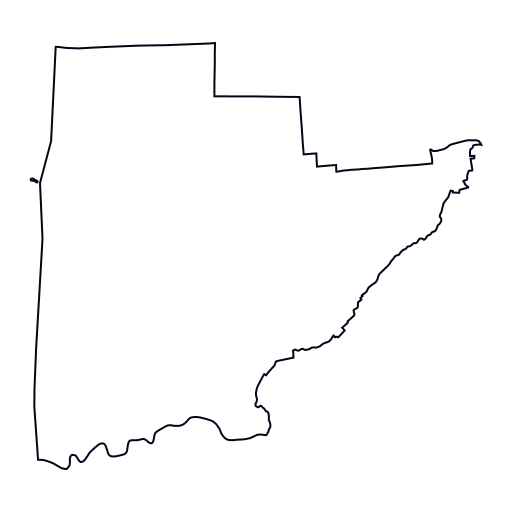 Tran Van Thoi, Cà Mau, Vietnam
{"feature_id": "81297802B31922203315935", "entity_name": "Tran Van Thoi", "entity_type": "district", "adm_level": 2, "iso_a3": "VNM", "parent_name": "Vietnam", "parent_adm1": "Cà Mau", "projection": "albers", "projection_center": [104.985, 9.126], "detail": "fine", "context": "isolated", "style": "outline", "palette": "ink", "viewbox_px": 512, "rotation_deg": 0, "n_neighbors": 0, "source": "geoboundaries", "source_scale": "gbopen_adm2", "svg_char_len": 6033}
<svg xmlns="http://www.w3.org/2000/svg" viewBox="0 0 512 512"><path d="M476.6,140.4L475.3,140.2L473.2,140.4L469.1,140.2L466.4,140.5L461.6,141.7L454.6,143.5L451.2,144.5L449.5,145.3L446.7,147.6L444.3,148.9L442.1,149.6L439.2,150.3L436.8,150.9L434.7,151.0L433.2,151.0L432.6,150.7L430.8,149.5L430.2,149.7L430.5,151.6L431.3,155.0L431.9,158.0L432.2,161.0L432.1,163.5L416.4,165.0L399.4,166.1L384.3,167.4L373.4,168.2L366.9,168.8L361.9,169.0L358.8,169.4L351.2,169.8L347.0,170.3L344.4,170.4L336.9,171.7L336.3,171.6L336.1,165.0L323.6,166.0L317.0,166.6L316.3,153.4L303.7,154.4L302.8,143.5L301.8,128.3L300.6,112.4L299.6,97.0L280.5,96.8L253.9,96.4L232.9,96.4L214.4,96.3L214.4,95.8L214.4,93.5L214.4,83.4L214.6,73.4L214.8,63.4L214.8,53.3L215.0,43.0L209.1,43.5L165.5,45.2L151.1,45.4L136.5,45.7L122.0,46.3L107.5,46.9L93.1,47.6L78.6,48.4L67.7,48.0L64.2,47.7L59.1,47.0L55.7,46.8L51.1,141.1L40.0,183.1L42.5,238.5L42.2,244.1L36.1,348.7L34.5,388.6L34.3,406.5L37.8,456.1L38.0,459.8L39.9,459.8L43.6,460.0L47.6,461.2L53.0,463.2L57.6,465.9L60.2,467.4L62.2,468.4L64.1,468.7L65.3,469.0L66.3,469.0L67.4,468.3L68.3,467.1L69.2,465.9L69.7,464.8L69.9,462.8L69.9,458.7L70.2,457.0L70.8,455.8L71.8,455.0L73.3,454.9L74.9,455.2L75.9,455.9L76.9,457.2L79.0,460.7L80.0,461.6L80.7,462.0L81.8,461.9L83.2,461.4L85.0,459.6L87.1,456.6L89.3,453.1L90.6,451.6L94.4,448.1L98.6,444.6L100.1,443.8L101.7,443.4L102.8,443.4L103.7,443.7L104.6,444.3L105.6,445.8L106.9,449.4L108.0,453.0L108.8,454.7L109.7,455.5L110.8,456.2L113.9,456.5L117.0,456.1L122.0,454.9L124.1,454.3L125.6,453.4L126.3,452.5L127.0,451.1L127.7,446.3L128.0,444.5L128.2,443.5L128.9,441.9L129.3,441.1L130.1,440.6L131.4,440.3L133.5,440.2L136.2,440.3L138.9,439.9L142.1,439.1L143.1,439.0L144.0,439.0L145.1,439.5L146.5,440.4L148.3,442.1L150.2,443.2L150.9,443.3L151.8,443.2L152.5,442.5L153.0,441.8L153.6,440.1L154.1,437.1L154.6,434.6L155.1,433.4L155.6,432.7L156.9,431.5L160.3,429.4L166.2,426.1L167.9,425.4L170.3,425.2L175.0,425.9L177.6,425.9L179.9,425.7L183.0,424.6L184.8,423.3L186.7,421.5L188.7,419.2L189.9,418.1L191.2,417.5L194.5,417.0L196.6,417.0L199.8,417.4L206.7,419.1L211.2,420.6L213.2,421.6L216.2,424.1L219.4,428.6L221.5,433.8L222.8,435.8L224.4,437.6L225.6,438.6L226.8,439.3L228.4,439.9L230.4,440.1L232.9,440.2L237.6,439.7L244.3,439.3L249.9,438.2L255.4,435.7L257.4,434.7L260.8,434.5L264.5,435.0L266.2,435.2L266.9,434.1L268.2,432.0L268.6,431.0L268.8,429.6L269.3,428.7L270.0,427.7L270.3,427.0L270.4,426.1L270.4,425.0L270.1,423.4L269.6,421.6L269.0,420.5L268.8,419.8L268.9,417.5L268.6,413.9L268.4,413.3L268.0,412.4L267.3,411.8L266.8,411.5L266.3,411.3L265.9,411.1L264.2,408.7L263.5,408.0L262.9,407.7L262.5,407.5L262.2,407.1L261.8,406.5L261.4,406.0L260.9,405.8L260.4,405.8L260.0,406.0L259.0,406.9L258.4,407.2L257.7,407.2L256.7,406.6L256.3,406.4L256.0,406.3L255.7,406.0L255.5,405.1L255.4,404.0L256.1,402.9L256.8,400.8L257.0,399.7L256.9,398.5L256.2,396.3L256.0,394.6L255.9,392.8L256.9,388.3L257.8,385.9L263.1,375.9L264.2,374.1L266.0,375.3L269.0,371.5L272.0,368.2L274.5,365.5L275.7,362.0L276.3,361.3L278.8,360.7L285.4,359.3L293.5,357.6L293.1,350.5L295.2,349.6L295.6,349.6L296.3,350.0L297.2,350.5L298.3,350.7L299.0,350.5L299.6,350.1L301.2,349.1L301.8,348.9L302.4,348.8L303.0,348.9L303.5,349.2L304.4,349.7L305.2,349.8L306.3,349.9L307.6,349.6L309.9,348.8L311.4,347.8L312.1,347.5L312.9,347.4L313.7,347.4L314.8,347.5L315.8,347.6L316.5,347.5L318.3,346.9L319.7,346.4L321.7,344.8L323.3,343.6L325.7,342.7L328.7,341.6L330.3,340.2L331.4,338.7L332.7,336.7L333.1,336.0L333.5,335.5L333.8,335.7L334.3,336.5L334.7,337.0L335.1,337.3L335.9,336.8L336.5,336.7L337.0,336.8L337.4,337.3L338.5,337.1L342.4,332.9L344.7,330.5L342.2,327.7L347.8,322.7L347.6,321.3L349.2,319.9L353.1,316.5L354.2,315.3L354.4,314.6L354.4,313.9L353.8,311.7L353.7,310.8L353.7,310.2L353.9,309.7L355.7,308.8L356.5,308.4L357.1,308.0L357.8,307.0L358.0,302.4L361.4,299.6L360.4,298.1L362.6,296.0L361.9,295.3L363.4,294.0L365.4,292.7L366.4,291.8L367.5,289.7L368.1,288.3L369.2,287.0L372.0,284.8L374.3,283.3L375.3,282.5L375.9,282.0L376.6,281.0L377.5,279.1L378.1,276.8L378.7,275.2L379.2,274.2L380.4,273.0L383.1,270.4L386.0,267.6L388.2,265.5L389.5,263.9L391.4,260.9L392.2,260.0L393.1,259.0L394.1,257.6L395.0,256.4L395.5,256.0L395.9,255.7L396.6,255.5L397.9,255.1L399.0,254.6L399.5,254.0L401.0,251.9L402.3,250.7L403.0,250.1L403.8,249.6L404.5,249.4L405.2,249.1L405.7,248.9L406.1,248.6L406.4,248.2L407.0,247.1L407.8,246.5L408.4,246.4L409.1,246.4L409.8,246.3L410.4,245.9L410.9,245.6L412.5,244.2L413.1,243.6L413.8,243.3L414.5,243.2L415.5,243.2L416.2,243.0L416.7,242.6L417.1,242.3L417.4,241.9L418.4,240.3L419.4,238.8L420.0,238.6L421.3,238.5L422.2,238.6L422.8,238.9L423.7,239.7L424.3,239.6L424.9,239.2L426.0,238.0L427.0,236.4L427.6,235.7L427.9,235.5L428.3,235.2L429.0,235.1L429.8,234.8L430.2,234.6L430.6,234.3L430.9,233.7L431.5,232.9L431.8,232.5L432.4,232.1L433.0,231.8L433.5,231.7L434.0,231.5L434.5,231.4L434.9,231.1L435.3,230.8L436.2,229.6L437.0,227.7L437.6,225.9L437.9,225.2L439.6,223.8L440.5,222.4L441.3,220.6L441.3,219.6L441.1,218.6L440.7,217.8L439.9,216.9L439.8,215.6L440.2,214.2L441.1,212.8L441.4,211.8L441.9,210.0L443.3,204.4L443.7,203.0L445.7,200.4L448.2,197.3L449.7,193.0L450.7,190.6L452.8,191.1L452.9,192.5L459.2,192.8L459.5,190.2L460.1,189.7L466.6,188.0L468.1,187.4L468.0,186.8L466.5,185.8L465.0,184.2L464.3,182.6L463.7,181.8L463.3,181.4L463.3,181.1L463.5,180.9L466.2,180.0L466.8,179.8L467.1,179.3L467.2,178.5L467.2,176.6L467.3,175.1L468.2,172.2L468.7,171.0L469.0,170.7L471.4,170.7L472.0,170.6L472.3,170.3L472.3,169.7L471.9,167.0L471.1,162.2L470.6,158.8L474.3,158.3L474.3,155.8L470.1,156.1L470.0,154.0L470.0,151.3L470.5,149.2L471.3,148.8L472.3,148.0L472.6,147.6L472.8,147.0L473.1,145.8L473.4,145.4L474.7,145.0L478.9,144.5L480.6,144.6L481.3,144.8L480.8,143.6L479.6,142.0L478.7,141.0L476.6,140.4ZM36.9,180.7L35.4,180.2L34.7,179.8L34.0,179.1L33.6,178.7L32.9,178.5L31.5,178.6L31.2,178.7L30.9,178.9L30.7,179.3L30.7,179.9L31.3,180.6L32.0,180.8L33.2,180.7L34.2,180.9L35.3,181.5L36.2,182.2L36.8,182.5L37.4,182.3L37.6,181.8L37.5,181.2L36.9,180.7Z" fill="none" stroke="#020617" stroke-width="2"/></svg>